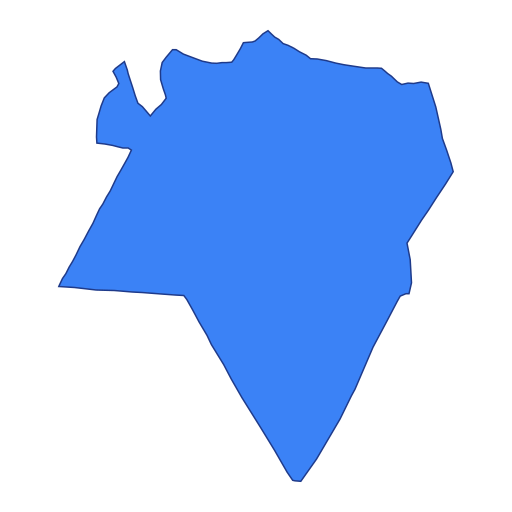 Suq Al-Shoyokh, Dhi-Qar, Iraq (Robinson projection)
{"feature_id": "34846034B93046718311053", "entity_name": "Suq Al-Shoyokh", "entity_type": "district", "adm_level": 2, "iso_a3": "IRQ", "parent_name": "Iraq", "parent_adm1": "Dhi-Qar", "projection": "robinson", "projection_center": [46.449, 30.814], "detail": "fine", "context": "isolated", "style": "filled", "palette": "blue", "viewbox_px": 512, "rotation_deg": 0, "n_neighbors": 0, "source": "geoboundaries", "source_scale": "gbopen_adm2", "svg_char_len": 1892}
<svg xmlns="http://www.w3.org/2000/svg" viewBox="0 0 512 512"><path d="M428.3,83.3L421.1,82.1L413.6,83.5L408.0,83.1L401.7,84.5L397.3,81.9L394.7,79.4L391.4,76.2L387.6,73.5L385.0,71.2L381.5,68.3L377.1,68.0L373.1,68.0L365.6,68.0L353.5,66.2L344.3,64.8L335.8,63.1L326.3,60.6L317.3,59.0L310.5,58.7L306.2,55.2L299.5,51.8L294.0,48.3L288.0,45.3L283.1,43.6L278.7,39.4L274.7,37.1L271.4,34.0L268.0,30.7L263.0,33.8L258.7,38.0L255.1,41.0L252.3,42.0L245.4,42.5L243.4,42.7L240.4,48.6L236.8,54.7L233.7,59.8L231.7,62.2L226.3,62.6L222.0,62.6L216.8,63.3L211.7,63.1L202.3,61.2L192.4,57.5L183.4,54.1L176.2,49.7L172.5,49.7L166.2,57.2L162.2,62.5L160.4,71.0L160.6,79.7L163.3,88.8L165.4,94.8L166.2,98.2L161.4,104.5L155.9,109.2L150.3,116.0L147.7,112.9L142.4,106.7L137.9,103.2L135.2,95.7L132.6,87.3L130.0,79.4L128.1,73.5L127.3,70.0L124.4,61.6L115.4,68.5L113.0,71.3L116.2,77.2L118.8,83.5L117.0,86.9L109.3,92.6L104.3,97.9L101.1,106.0L99.0,113.2L97.1,119.5L96.5,137.0L96.9,143.1L104.8,144.0L112.6,145.4L117.9,146.8L122.9,148.0L128.2,148.0L131.4,150.1L128.0,157.4L124.5,163.7L120.5,170.8L117.1,176.6L114.7,181.6L110.2,191.0L106.6,196.8L102.8,204.1L99.6,208.8L96.5,215.4L92.9,223.4L88.7,230.9L84.1,239.6L80.0,246.6L76.0,255.0L72.6,261.4L69.2,267.0L65.9,273.6L62.5,278.5L59.3,285.3L58.8,286.5L74.6,287.5L96.2,290.0L114.4,290.5L132.2,292.0L141.9,292.5L161.4,294.0L175.0,295.0L183.8,295.5L186.8,299.5L192.7,310.0L199.1,322.0L207.1,335.5L211.4,344.6L223.7,364.6L231.3,379.1L241.9,397.6L260.1,426.7L274.5,450.2L287.2,472.3L292.7,480.3L294.9,480.8L300.8,481.3L316.5,459.1L340.1,418.9L351.4,395.8L355.0,389.2L373.0,347.2L386.9,321.1L397.1,301.6L400.2,296.1L405.9,293.7L409.0,293.7L411.5,282.8L410.2,259.7L407.0,243.1L410.4,237.8L413.7,232.6L421.5,220.2L428.4,210.2L436.6,197.4L445.6,183.9L453.2,171.7L450.9,163.0L446.6,150.1L442.4,138.5L440.8,129.3L435.8,107.0L428.3,83.3Z" fill="#3b82f6" stroke="#1e3a8a" stroke-width="1.5"/></svg>